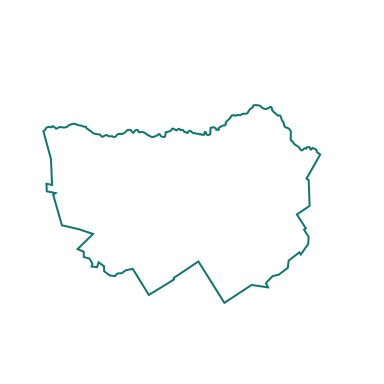 the district of Grafton, New Hampshire, United States of America, rotated 66°
{"feature_id": "52423323B26223057606715", "entity_name": "Grafton", "entity_type": "district", "adm_level": 2, "iso_a3": "USA", "parent_name": "United States of America", "parent_adm1": "New Hampshire", "projection": "natural_earth1", "projection_center": [-72.019, 43.968], "detail": "fine", "context": "isolated", "style": "outline", "palette": "teal", "viewbox_px": 384, "rotation_deg": 66, "n_neighbors": 0, "source": "geoboundaries", "source_scale": "gbopen_adm2", "svg_char_len": 4089}
<svg xmlns="http://www.w3.org/2000/svg" viewBox="0 0 384 384"><g transform="rotate(66 192 192)"><path d="M209.9,59.6L209.4,59.8L208.2,60.5L207.6,61.1L206.8,61.5L203.9,61.4L203.2,61.7L201.2,63.5L200.9,63.9L200.9,64.4L201.7,65.7L201.6,66.2L200.9,66.5L199.6,66.3L198.6,66.7L198.3,66.9L198.0,68.9L198.1,69.1L198.8,69.8L198.8,70.1L198.7,70.4L198.0,70.9L197.9,71.3L198.1,72.4L198.7,74.0L198.8,74.3L198.6,74.9L198.3,75.2L197.2,75.7L195.5,75.9L193.8,76.5L192.7,77.2L191.2,78.3L189.2,79.3L187.0,79.5L185.1,80.5L184.5,80.6L183.6,80.4L182.2,79.5L177.3,77.3L176.3,77.1L173.7,77.6L171.9,79.0L171.0,80.3L169.5,80.8L168.6,80.8L167.1,80.2L164.0,80.3L162.9,80.6L158.6,80.3L157.7,80.7L157.3,82.2L156.9,82.6L153.5,84.1L151.7,85.0L150.6,85.3L149.5,85.5L147.9,85.0L147.1,84.9L146.2,85.5L146.0,86.4L146.4,86.9L146.4,89.6L146.3,90.5L146.1,91.1L145.2,92.3L144.8,92.7L143.0,94.0L141.4,94.5L140.0,95.8L138.5,98.5L137.9,100.4L138.2,101.2L138.7,101.3L139.5,102.7L139.8,104.9L141.2,107.6L142.1,108.5L142.5,109.4L142.7,110.2L142.0,111.7L141.3,113.9L141.2,114.9L141.5,116.1L141.5,116.4L141.4,116.7L140.1,119.3L140.2,120.0L140.0,121.1L139.8,121.7L138.9,122.3L138.7,122.7L138.3,124.9L139.4,126.3L140.4,128.0L141.4,131.5L142.7,133.3L144.0,133.6L144.4,134.5L144.5,134.7L144.5,135.1L143.9,136.2L143.9,136.5L144.1,140.7L145.0,141.8L145.9,142.1L146.0,142.4L145.1,144.5L144.8,144.5L144.4,144.2L144.1,144.2L143.0,144.7L141.6,146.0L141.0,148.3L141.0,148.9L144.6,150.9L145.3,151.0L146.2,151.5L146.6,151.9L146.7,152.6L146.5,154.0L146.2,154.5L145.9,154.9L145.4,155.2L144.5,155.3L143.0,155.1L142.7,155.3L142.4,155.8L142.8,156.4L144.6,157.6L143.9,159.6L142.5,160.6L142.6,161.3L141.3,162.6L140.6,164.2L140.4,164.4L140.0,164.7L139.3,165.4L139.1,166.6L138.2,167.3L136.2,168.3L135.6,168.7L135.2,169.2L135.1,169.6L135.1,170.2L136.1,171.7L136.2,172.2L136.0,172.6L135.2,173.1L134.7,173.5L134.5,174.0L133.7,174.7L132.5,174.8L132.1,174.8L131.6,175.1L131.4,175.5L131.2,176.2L130.5,177.5L129.6,177.6L128.9,178.3L129.0,179.3L129.4,180.9L129.3,181.3L128.1,182.0L126.2,183.8L126.2,184.6L127.2,185.7L127.4,186.7L127.2,189.5L127.1,190.3L126.7,191.3L126.7,191.7L126.8,191.9L127.6,192.1L130.0,193.9L130.5,194.5L130.5,194.9L129.2,197.1L128.8,197.4L127.6,197.9L126.6,197.9L125.9,198.2L125.7,198.6L125.7,199.3L126.2,201.7L126.2,202.1L125.9,205.3L125.6,206.0L125.2,206.6L121.8,209.3L119.4,210.7L117.9,211.8L116.9,213.2L116.2,214.5L116.1,215.8L115.7,216.2L114.1,216.5L113.3,216.4L113.1,216.7L112.8,217.2L112.6,218.5L113.0,219.5L113.5,220.3L113.6,220.6L113.8,221.0L114.1,221.6L112.3,222.5L111.2,222.5L110.4,222.8L109.9,223.4L109.2,225.6L109.3,226.3L110.4,228.9L110.6,232.2L110.3,233.2L109.6,234.4L109.1,235.6L109.0,236.1L109.5,237.7L110.1,238.7L110.3,240.0L109.9,241.1L108.5,242.3L107.9,244.1L107.4,245.1L107.0,245.5L105.3,246.7L105.0,247.2L105.0,247.9L105.2,251.2L105.0,251.3L104.5,251.8L103.7,252.3L102.4,252.6L102.0,252.9L101.5,253.5L101.0,254.6L100.6,255.2L98.5,258.1L95.5,259.7L90.9,262.4L89.3,262.4L88.1,264.5L87.2,265.3L86.0,266.6L85.5,267.5L84.2,269.3L83.6,270.0L82.4,270.7L81.7,271.9L81.1,274.0L81.1,275.0L80.9,277.8L81.3,278.4L81.6,279.3L81.6,280.6L81.3,281.9L81.0,282.8L79.8,284.9L79.3,285.3L79.0,286.0L78.8,288.0L79.0,288.9L79.0,290.0L78.7,290.5L77.0,291.2L75.8,291.8L75.4,292.2L75.3,292.5L75.3,293.0L75.8,293.5L75.4,294.8L74.6,295.4L74.1,297.1L74.0,298.5L74.5,299.8L75.3,300.4L75.6,300.9L75.6,301.0L75.7,302.1L75.5,302.7L75.3,302.9L75.2,302.9L104.3,307.4L113.1,310.8L128.6,317.0L125.3,321.6L132.3,324.4L137.5,317.1L138.0,319.9L169.6,324.4L170.6,322.9L179.9,310.6L190.1,299.5L197.6,319.8L202.5,315.2L207.3,317.3L211.2,312.7L217.3,312.2L219.3,314.0L222.0,309.3L218.3,305.9L224.0,302.6L228.7,304.5L234.8,301.0L237.5,296.5L236.1,293.4L237.6,289.3L236.6,284.3L238.1,277.4L254.1,275.2L268.5,273.3L266.0,254.3L264.5,244.0L263.1,243.7L259.0,219.9L258.1,214.4L306.4,207.5L302.2,181.7L301.2,175.3L310.0,161.4L305.3,161.5L301.6,152.6L302.8,146.3L300.2,135.3L294.0,131.6L290.8,118.5L293.3,118.1L286.8,107.0L280.5,103.7L271.9,105.0L271.5,102.8L255.2,105.3L252.5,90.2L228.7,80.6L226.3,81.9L209.9,59.6Z" fill="none" stroke="#0f766e" stroke-width="2"/></g></svg>